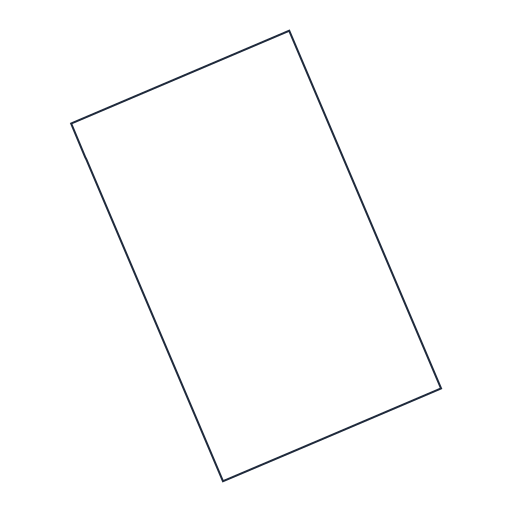 the district of Dallam, Texas, United States of America, rotated 247°
{"feature_id": "52423323B63824106950713", "entity_name": "Dallam", "entity_type": "district", "adm_level": 2, "iso_a3": "USA", "parent_name": "United States of America", "parent_adm1": "Texas", "projection": "robinson", "projection_center": [-102.699, 36.278], "detail": "fine", "context": "isolated", "style": "outline", "palette": "slate", "viewbox_px": 512, "rotation_deg": 247, "n_neighbors": 0, "source": "geoboundaries", "source_scale": "gbopen_adm2", "svg_char_len": 280}
<svg xmlns="http://www.w3.org/2000/svg" viewBox="0 0 512 512"><g transform="rotate(247 256 256)"><path d="M79.1,137.6L61.6,137.6L61.6,234.5L61.6,234.9L61.8,374.6L450.4,374.6L450.2,137.6L413.7,137.4L411.3,137.6L79.1,137.6Z" fill="none" stroke="#1e293b" stroke-width="2"/></g></svg>